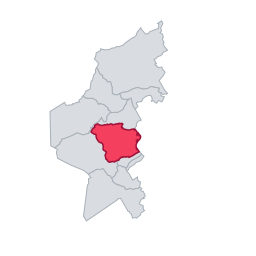 Nigeria highlighted, Robinson projection, rotated 240°
{"feature_id": "NGA", "entity_name": "Nigeria", "entity_type": "country or territory", "adm_level": 0, "iso_a3": "NGA", "parent_name": "Africa", "parent_adm1": "", "projection": "robinson", "projection_center": [7.751, 9.075], "detail": "fine", "context": "with_neighbors", "style": "filled", "palette": "rose", "viewbox_px": 256, "rotation_deg": 240, "n_neighbors": 10, "source": "natural_earth", "source_scale": "50m", "svg_char_len": 9813}
<svg xmlns="http://www.w3.org/2000/svg" viewBox="0 0 256 256"><g transform="rotate(240 128 128)"><path d="M203.0,167.5L203.9,176.7L203.5,179.0L204.2,181.5L206.4,183.9L208.4,189.3L206.9,188.9L200.7,190.1L199.6,192.9L200.5,194.8L199.1,204.2L202.8,206.7L203.8,205.9L204.0,210.6L201.1,210.5L198.3,206.3L195.4,205.7L194.6,203.4L192.2,204.8L189.2,204.2L188.0,202.2L183.8,201.9L183.6,200.6L180.6,200.2L175.6,201.2L175.9,196.0L174.6,194.4L174.4,191.8L175.0,189.2L174.2,187.5L174.2,184.8L169.5,184.8L169.9,183.3L167.9,183.3L167.7,184.0L165.4,184.2L163.8,187.8L161.7,187.2L157.9,188.1L155.6,184.5L153.6,178.7L142.4,178.6L138.4,179.6L137.9,178.3L138.8,177.9L139.6,174.9L141.0,174.0L142.0,174.4L143.3,172.7L145.3,172.8L145.6,174.0L147.0,174.8L152.4,168.6L152.3,165.0L154.0,160.8L158.3,156.5L158.7,155.1L159.4,152.1L159.7,145.8L161.6,140.8L162.1,135.2L163.6,133.0L165.6,131.6L171.2,134.6L176.8,135.9L178.5,133.0L180.2,133.4L184.4,131.2L186.0,132.2L187.2,132.0L187.8,131.0L189.2,130.6L194.5,131.2L195.7,130.7L198.1,134.3L199.8,134.8L204.7,133.4L205.6,135.3L209.0,138.1L208.8,143.2L210.3,143.8L207.6,146.5L205.4,150.7L205.2,154.2L204.3,155.8L204.2,159.1L203.1,160.3L202.1,165.6L203.0,167.5Z" fill="#d9dde1" stroke="#a8b0b8" stroke-width="1"/><path d="M181.3,68.7L181.9,85.9L178.6,85.6L176.0,91.4L176.8,92.4L175.6,93.8L176.0,95.6L174.7,98.9L176.0,98.7L176.8,100.4L176.9,102.9L178.3,104.1L178.3,105.2L175.9,105.9L174.0,107.7L171.3,112.4L167.8,114.4L163.0,114.5L163.4,116.0L159.8,119.2L155.0,120.9L153.5,119.8L152.8,120.9L149.6,121.2L150.2,120.1L148.5,115.3L146.8,114.6L144.5,112.1L145.4,110.0L150.3,110.2L148.2,106.3L148.0,100.5L146.5,97.8L146.9,95.7L144.5,95.6L144.4,92.9L142.9,91.3L144.5,85.6L149.2,81.5L149.4,75.9L150.7,67.1L151.5,65.3L149.9,63.8L149.9,62.4L148.4,61.3L147.4,54.6L151.2,52.2L181.3,68.7Z" fill="#d9dde1" stroke="#a8b0b8" stroke-width="1"/><path d="M48.2,101.1L47.9,96.5L46.5,95.3L45.7,90.2L47.0,89.4L47.7,86.8L51.5,87.9L53.6,87.1L55.1,87.4L55.7,86.4L70.8,86.4L71.7,83.3L71.1,82.8L68.3,45.5L73.9,45.4L98.8,64.3L99.7,66.3L103.7,68.3L103.7,71.0L107.9,70.6L107.9,80.5L105.8,83.4L105.5,86.1L97.0,87.1L95.5,88.7L90.7,88.8L89.8,88.0L87.7,88.6L84.1,90.4L83.4,91.8L80.4,93.7L79.9,94.8L78.3,95.7L76.5,95.1L75.5,96.2L74.9,99.1L71.8,102.7L71.9,104.2L70.8,106.0L71.0,108.5L68.6,109.7L68.0,107.9L66.3,108.3L65.5,109.5L61.1,109.2L59.9,108.0L60.2,106.7L59.7,106.2L58.9,106.6L59.8,104.1L57.1,100.1L56.3,100.0L53.1,102.2L49.8,100.6L48.2,101.1Z" fill="#d9dde1" stroke="#a8b0b8" stroke-width="1"/><path d="M101.7,126.3L98.6,126.8L97.7,123.8L97.9,113.9L97.1,113.0L97.0,110.9L94.5,108.1L95.0,105.8L96.3,105.3L97.1,103.4L98.9,103.0L101.1,100.5L102.4,100.5L105.3,102.9L105.1,104.4L106.0,106.9L105.2,108.7L105.6,109.8L102.6,113.8L101.9,116.6L101.7,126.3Z" fill="#d9dde1" stroke="#a8b0b8" stroke-width="1"/><path d="M147.4,54.6L148.4,61.3L149.9,62.4L149.9,63.8L151.5,65.3L150.7,67.1L149.4,75.9L149.2,81.5L144.5,85.6L142.9,91.3L144.4,92.9L144.5,95.6L146.9,95.7L146.5,97.8L145.5,98.0L145.3,99.4L144.6,99.5L142.0,94.8L141.2,94.6L138.2,97.0L133.2,95.5L132.1,96.1L129.9,96.0L127.7,97.8L125.8,97.9L121.2,95.7L119.4,96.7L117.5,96.7L116.0,95.0L112.3,93.4L108.2,93.9L107.2,94.9L106.7,97.3L105.6,99.1L105.3,102.9L102.4,100.5L101.1,100.5L99.8,101.7L99.9,98.8L95.5,97.8L95.4,95.7L93.3,92.9L92.8,90.9L93.1,88.8L95.5,88.7L97.0,87.1L105.5,86.1L105.8,83.4L107.9,80.5L107.9,70.6L113.2,68.6L124.1,60.2L136.8,51.9L142.7,53.8L144.8,56.2L147.4,54.6Z" fill="#d9dde1" stroke="#a8b0b8" stroke-width="1"/><path d="M146.5,97.8L148.0,100.5L148.2,106.3L150.3,110.2L145.4,110.0L144.5,112.1L146.8,114.6L148.5,115.3L150.2,120.1L147.7,125.6L146.8,126.4L146.6,132.9L148.4,135.1L150.2,138.9L151.9,140.3L152.5,143.5L152.2,145.8L146.1,143.7L128.2,143.4L128.8,140.0L127.3,137.2L125.5,136.4L124.8,134.5L123.8,133.9L124.8,129.6L126.6,125.5L127.7,125.4L130.0,122.9L131.4,122.8L133.6,124.6L136.2,123.2L138.0,117.4L140.0,115.7L143.1,106.7L146.2,103.3L146.8,101.1L145.3,99.4L145.5,98.0L146.5,97.8Z" fill="#d9dde1" stroke="#a8b0b8" stroke-width="1"/><path d="M95.0,105.8L94.5,108.1L97.0,110.9L97.1,113.0L97.9,113.9L97.7,123.8L98.6,126.8L95.5,127.7L93.7,123.4L93.4,121.3L94.2,117.4L93.3,115.8L93.0,109.3L91.4,107.1L91.7,105.7L95.0,105.8Z" fill="#d9dde1" stroke="#a8b0b8" stroke-width="1"/><path d="M71.0,108.5L70.8,106.0L71.9,104.2L71.8,102.7L74.9,99.1L75.5,96.2L76.5,95.1L78.3,95.7L79.9,94.8L80.4,93.7L83.4,91.8L84.1,90.4L87.7,88.6L89.8,88.0L90.7,88.8L93.1,88.8L92.8,90.9L93.3,92.9L95.4,95.7L95.5,97.8L99.9,98.8L99.8,101.7L98.9,103.0L97.1,103.4L96.3,105.3L95.0,105.8L89.9,105.4L88.7,106.1L80.4,106.0L80.8,111.7L78.2,110.5L76.4,110.7L75.1,111.8L71.0,108.5Z" fill="#d9dde1" stroke="#a8b0b8" stroke-width="1"/><path d="M195.7,130.7L194.5,131.2L189.2,130.6L186.0,132.2L184.4,131.2L180.2,133.4L178.5,133.0L176.8,135.9L171.2,134.6L165.6,131.6L163.6,133.0L162.1,135.2L161.8,138.2L156.7,137.2L154.5,139.5L152.5,143.5L151.9,140.3L150.2,138.9L148.4,135.1L146.6,132.9L146.5,129.8L146.8,126.4L147.7,125.6L149.6,121.2L152.8,120.9L153.5,119.8L155.0,120.9L159.8,119.2L163.4,116.0L163.0,114.5L167.8,114.4L171.3,112.4L174.0,107.7L175.9,105.9L178.3,105.2L178.8,107.0L181.0,109.7L180.7,114.6L187.0,119.5L187.1,120.9L191.2,125.0L192.2,127.6L195.1,129.3L195.7,130.7Z" fill="#d9dde1" stroke="#a8b0b8" stroke-width="1"/><path d="M161.8,138.2L161.6,140.8L159.7,145.8L159.4,152.1L158.7,155.1L158.3,156.5L154.0,160.8L152.3,165.0L152.4,168.6L147.0,174.8L145.6,174.0L145.3,172.8L143.3,172.7L142.0,174.4L139.5,172.5L136.8,175.1L133.7,170.5L136.6,168.1L135.2,165.2L136.5,164.2L139.1,163.6L139.4,161.7L141.4,163.8L144.8,164.0L146.0,161.9L146.4,159.1L146.0,155.7L144.2,153.1L145.9,148.1L144.9,147.3L142.1,147.6L141.0,145.4L141.3,143.5L146.1,143.7L152.2,145.8L152.5,143.5L154.5,139.5L156.7,137.2L161.8,138.2Z" fill="#d9dde1" stroke="#a8b0b8" stroke-width="1"/><path d="M143.1,94.1L143.7,95.0L144.4,96.0L144.9,96.8L145.3,98.8L145.3,99.2L145.3,99.4L145.4,99.5L145.4,99.8L145.7,99.9L146.2,100.0L146.6,100.2L146.9,100.5L147.0,100.8L147.0,101.0L147.0,101.5L146.9,102.2L146.8,102.6L146.9,103.2L146.9,103.5L146.6,103.9L146.2,104.1L145.4,104.6L145.2,104.7L144.9,104.7L144.6,104.9L144.3,105.2L143.6,106.3L142.9,107.5L142.7,108.5L142.5,109.4L141.9,110.0L141.9,110.3L141.8,110.5L141.8,110.9L141.8,111.6L141.7,112.0L141.0,112.3L140.7,112.6L140.5,113.1L140.4,113.7L140.3,114.3L140.2,114.9L140.1,115.2L139.9,115.5L139.6,115.9L139.3,116.1L138.7,116.2L138.3,116.9L138.0,117.5L138.0,117.8L137.7,119.0L137.2,119.9L137.2,120.3L137.2,120.5L136.6,121.3L136.4,121.6L136.3,121.9L136.4,122.2L136.6,122.5L136.3,122.8L135.8,123.3L135.6,123.6L135.4,124.4L135.4,124.6L135.2,124.8L134.9,125.1L134.6,125.3L134.3,125.4L133.9,125.5L133.8,125.4L133.7,125.2L133.5,124.4L133.4,124.2L133.2,124.0L132.8,123.6L132.3,123.1L131.8,122.8L131.7,122.8L131.5,123.4L131.4,123.5L131.1,123.6L130.7,123.6L130.3,123.5L130.2,123.4L130.2,123.2L129.7,123.4L129.1,123.9L128.9,124.0L128.7,124.1L128.5,124.6L128.2,125.1L127.9,125.4L127.6,125.6L127.4,125.8L127.2,126.0L126.6,126.6L126.0,127.4L125.7,127.7L125.5,128.3L125.4,129.0L125.2,129.7L125.0,130.9L124.7,131.5L124.4,132.0L124.2,132.4L124.1,132.8L123.9,132.9L123.6,132.8L123.4,132.5L123.2,132.5L122.9,132.0L123.2,133.2L123.0,133.6L122.0,133.6L121.2,133.8L120.6,133.8L120.3,133.6L120.1,133.2L120.1,133.5L119.9,133.6L119.2,133.7L118.9,133.4L118.7,133.1L118.4,132.9L118.5,133.1L118.7,133.4L118.7,133.8L118.2,134.3L117.8,134.3L117.6,134.1L117.5,133.8L117.5,133.2L117.3,132.9L117.2,132.9L117.3,133.2L117.3,133.5L117.3,134.0L117.6,134.4L117.2,134.5L116.7,134.6L116.7,134.4L116.6,134.1L116.4,134.6L116.2,134.6L115.5,134.7L115.3,134.7L115.4,134.4L115.3,134.2L115.1,134.4L115.1,134.8L114.6,134.8L114.2,134.6L114.0,134.4L113.5,134.1L112.7,133.2L112.6,132.9L112.4,132.4L112.2,131.9L112.0,131.2L112.3,131.0L112.0,131.0L111.9,130.9L111.9,130.6L111.9,130.2L112.2,130.1L112.4,130.1L112.5,129.9L112.6,129.7L112.0,130.0L111.4,129.6L111.3,129.4L111.3,129.2L111.6,129.2L112.0,129.2L111.8,129.0L111.7,128.9L111.8,128.7L111.7,128.7L111.6,128.9L111.2,129.1L110.9,128.9L110.9,128.6L110.9,128.4L110.7,128.3L110.0,127.3L109.1,126.5L108.3,125.9L107.2,125.6L104.8,125.6L104.6,125.5L104.8,125.4L105.0,125.3L105.8,124.9L105.6,124.8L104.8,125.1L104.5,125.1L104.2,125.7L102.0,125.8L101.8,125.8L101.8,125.5L101.9,124.8L102.0,124.5L102.0,124.3L102.0,124.1L101.9,123.7L101.8,123.2L102.0,122.8L102.0,122.5L102.0,121.4L102.0,121.2L102.0,120.7L101.8,120.4L101.9,119.9L101.8,119.5L101.7,119.3L101.8,118.5L101.8,117.6L101.8,117.1L101.9,116.8L101.9,116.1L101.9,115.4L102.1,114.2L102.5,114.2L103.1,114.1L103.4,113.6L103.5,113.0L103.5,112.5L103.6,112.3L103.8,112.0L104.2,111.6L104.2,111.1L104.3,110.9L104.5,110.8L104.8,110.8L105.1,110.5L105.2,110.1L105.4,109.4L105.1,109.0L105.1,108.9L105.2,108.6L105.4,108.3L105.5,108.3L105.8,108.3L105.9,108.2L106.1,107.5L106.1,107.3L105.8,106.8L105.8,106.4L105.7,105.9L105.7,105.5L105.6,105.3L105.5,105.1L105.4,105.0L104.8,104.1L104.8,103.6L105.1,103.1L105.2,102.8L105.5,102.6L105.4,102.3L105.3,102.2L105.3,101.8L105.4,101.6L105.4,101.2L105.4,100.6L105.4,99.7L105.4,99.2L105.9,98.8L106.6,98.1L106.9,97.4L107.1,96.9L107.4,95.2L107.5,95.1L108.4,94.4L108.9,94.1L109.3,94.0L109.9,93.9L110.3,93.9L111.0,94.0L111.5,93.9L111.9,93.5L112.2,93.4L112.4,93.4L113.8,93.9L115.1,94.3L115.3,94.3L115.5,94.3L115.8,94.6L116.3,95.1L116.6,95.4L116.7,95.6L117.4,96.7L117.7,97.0L117.9,97.1L118.2,97.2L118.4,97.2L118.5,97.0L118.8,96.8L119.2,96.7L119.5,96.7L121.1,95.7L121.3,95.7L121.8,95.8L122.3,95.9L123.7,96.9L124.8,97.6L125.6,97.8L126.5,97.9L128.0,98.0L129.2,96.6L129.7,96.3L130.2,96.0L130.4,95.9L131.3,95.7L133.1,95.6L134.8,95.6L135.2,95.7L135.9,95.9L137.0,96.3L137.5,96.8L138.3,96.8L138.8,96.8L139.0,96.3L139.5,95.7L139.9,95.5L140.4,95.2L141.0,94.9L141.6,94.7L142.1,94.3L142.5,94.1L143.1,94.1ZM119.3,134.2L118.9,134.4L118.7,134.3L119.0,133.7L119.2,133.9L119.4,133.9L119.3,134.2Z" fill="#f43f5e" stroke="#9f1239" stroke-width="1.5"/></g></svg>